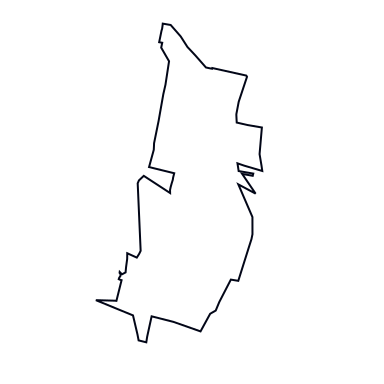 Palmillas, Tamaulipas, Mexico (Mercator projection), rotated 194°
{"feature_id": "50627088B12819325491793", "entity_name": "Palmillas", "entity_type": "district", "adm_level": 2, "iso_a3": "MEX", "parent_name": "Mexico", "parent_adm1": "Tamaulipas", "projection": "mercator", "projection_center": [-99.548, 23.265], "detail": "fine", "context": "isolated", "style": "outline", "palette": "ink", "viewbox_px": 384, "rotation_deg": 194, "n_neighbors": 0, "source": "geoboundaries", "source_scale": "gbopen_adm2", "svg_char_len": 1386}
<svg xmlns="http://www.w3.org/2000/svg" viewBox="0 0 384 384"><g transform="rotate(194 192 192)"><path d="M178.6,61.5L150.0,58.8L144.9,78.3L140.3,82.7L138.9,91.9L133.1,116.4L125.6,117.0L123.4,153.0L122.9,160.7L123.1,165.3L123.1,165.6L127.3,182.3L148.9,210.6L129.9,205.8L147.7,221.7L137.0,222.4L137.0,224.7L151.8,223.6L154.8,230.8L147.7,230.2L128.9,229.4L130.9,234.3L135.6,245.1L139.8,271.5L154.5,270.4L165.4,270.2L165.9,271.8L167.5,277.1L167.8,278.3L168.3,287.3L168.4,288.8L168.5,291.0L166.5,317.1L167.5,318.1L202.3,317.2L202.3,316.5L203.1,316.4L205.4,316.3L208.6,316.2L221.6,325.2L231.5,331.6L240.6,340.2L253.1,348.9L255.6,348.7L261.1,348.3L260.8,346.2L260.5,343.2L260.6,341.1L260.1,329.4L257.0,329.6L256.8,324.6L245.9,313.3L243.8,290.7L243.7,289.8L243.5,280.1L242.1,259.9L241.6,252.9L240.6,230.1L240.1,227.8L239.3,223.7L239.7,205.8L213.8,205.9L213.8,204.4L213.8,202.5L213.8,201.5L213.8,201.1L213.7,200.5L213.6,199.0L213.8,195.6L213.9,191.9L213.8,188.6L213.0,185.7L242.7,196.0L246.3,190.4L246.8,187.3L227.6,122.5L228.3,119.2L229.7,115.0L240.0,116.9L238.7,111.3L237.8,103.2L237.0,97.9L239.9,95.3L240.4,95.4L242.8,96.9L242.7,96.0L242.2,95.6L241.6,95.2L241.1,93.4L241.9,91.1L242.0,89.7L241.1,89.5L239.0,89.4L239.0,68.1L240.9,67.8L259.1,63.8L236.6,60.5L219.4,58.0L210.5,40.7L207.9,35.1L200.0,35.1L200.5,40.8L201.1,61.6L178.6,61.5Z" fill="none" stroke="#020617" stroke-width="2"/></g></svg>